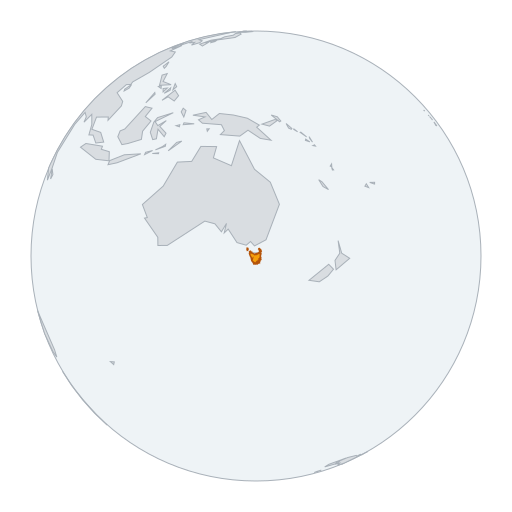 globe centered on Tasmania
{"feature_id": "AUS-2660", "entity_name": "Tasmania", "entity_type": "State", "adm_level": 1, "iso_a3": "AUS", "parent_name": "Australia", "parent_adm1": "", "projection": "orthographic", "projection_center": [146.795, -41.606], "detail": "fine", "context": "on_globe", "style": "filled", "palette": "amber", "viewbox_px": 512, "rotation_deg": 0, "n_neighbors": 0, "source": "natural_earth", "source_scale": "10m", "svg_char_len": 9683}
<svg xmlns="http://www.w3.org/2000/svg" viewBox="0 0 512 512"><circle cx="256" cy="256" r="225" fill="#eef3f6" stroke="#a8b0b8"/><path d="M374.6,182.3L374.6,184.0L374.3,184.0L374.6,182.3ZM341.6,464.4L344.4,463.0L337.4,465.4L339.7,463.1L334.8,464.3L337.5,463.0L339.0,461.8L337.5,461.7L347.8,457.5L356.3,455.4L356.8,456.2L360.4,454.3L361.9,454.8L364.0,453.5L367.9,451.5L341.6,464.4ZM435.8,125.4L433.9,121.9L436.9,125.9L435.8,125.4ZM431.6,118.7L432.5,120.1L431.5,118.7L431.6,118.7ZM430.0,117.0L431.1,118.2L430.0,117.1L430.0,117.0ZM428.1,115.0L429.1,115.9L428.1,115.0ZM424.6,111.1L423.6,110.1L424.4,110.6L424.6,111.1ZM328.9,464.3L346.1,458.0L337.2,461.7L335.3,463.9L324.7,466.9L328.9,464.3ZM321.3,470.1L316.6,472.0L314.2,472.5L317.0,471.4L321.3,470.1ZM235.9,31.6L232.8,32.0L198.9,39.7L202.2,40.8L199.9,42.6L191.5,45.1L194.6,42.4L189.4,43.0L192.4,41.4L179.9,45.4L183.7,43.3L172.0,47.9L172.4,48.6L182.0,45.5L170.3,50.9L175.3,52.0L171.8,57.0L149.3,72.4L132.7,81.9L130.8,84.5L126.4,84.6L117.1,92.7L122.7,101.4L121.4,105.9L108.0,120.3L108.3,117.0L96.5,117.1L91.9,129.3L100.7,132.4L103.7,142.1L95.8,143.0L93.1,135.1L88.9,134.9L91.8,124.5L91.8,114.3L84.0,122.2L86.3,116.8L85.1,112.4L74.8,124.3L57.4,152.4L52.1,168.1L47.4,180.2L48.6,168.2L50.2,164.4L57.2,150.1L65.2,136.3L74.1,123.1L84.0,110.5L94.7,98.7L106.3,87.7L118.6,77.5L131.5,68.2L145.1,59.9L159.3,52.5L174.0,46.2L189.0,40.9L204.4,36.7L220.1,33.6L235.9,31.6ZM62.5,371.3L64.5,374.5L70.9,384.4L75.3,390.1L83.8,400.7L95.8,414.0L107.1,425.1L94.4,413.0L82.7,399.9L72.0,386.0L62.5,371.3ZM110.4,361.6L114.3,361.9L113.7,364.6L110.4,361.6ZM39.9,316.1L54.6,349.9L56.8,357.1L53.0,351.7L44.7,333.8L40.7,321.3L37.6,310.5L39.9,316.1ZM152.3,153.5L158.7,152.8L158.5,153.7L152.3,153.5ZM145.6,152.3L152.6,150.5L144.6,154.6L145.6,152.3ZM155.4,149.9L162.6,146.5L165.7,144.3L165.3,146.3L155.4,149.9ZM140.9,153.8L117.0,162.8L108.0,164.7L109.7,160.6L124.3,154.8L140.9,153.8ZM109.0,160.8L95.8,159.3L80.5,147.2L85.9,143.5L102.5,146.2L101.3,149.3L109.3,151.7L109.0,160.8ZM142.6,131.2L141.4,139.4L127.9,143.5L121.9,144.6L117.8,136.7L120.1,130.9L124.8,129.0L145.3,106.6L152.0,108.2L145.3,116.5L151.0,121.0L142.6,131.2ZM52.2,168.8L52.9,174.5L50.6,179.0L52.2,168.8ZM155.1,94.2L145.8,102.8L154.8,92.5L155.1,94.2ZM161.3,85.7L161.1,88.5L158.3,86.5L161.3,85.7ZM129.2,88.1L124.1,91.0L124.7,89.2L131.6,84.5L129.2,88.1ZM169.0,61.8L166.2,66.4L164.3,68.3L163.2,66.2L169.0,61.8ZM328.7,264.3L333.5,269.2L327.9,276.0L319.3,281.8L309.0,280.3L328.7,264.3ZM253.9,263.6L249.9,252.5L260.4,253.2L259.2,262.3L253.9,263.6ZM335.0,260.4L339.8,253.2L338.1,240.6L341.7,253.2L349.7,258.3L336.1,269.8L335.0,260.4ZM204.8,221.1L167.3,245.4L157.9,245.5L157.8,237.3L144.5,218.1L147.3,217.6L142.4,204.5L163.2,186.1L177.4,162.1L191.7,161.4L200.9,146.4L216.6,146.6L213.4,157.9L231.4,165.7L239.5,140.6L254.5,169.3L270.3,182.2L279.4,204.3L266.0,239.8L254.5,245.9L250.5,241.5L246.2,245.2L237.0,242.6L228.2,229.1L224.2,232.9L226.5,223.4L221.4,231.8L214.9,223.8L204.8,221.1ZM318.7,179.7L322.0,181.8L328.5,189.6L323.0,186.5L318.7,179.7ZM366.3,183.8L368.7,187.6L364.9,186.2L366.3,183.8ZM374.3,184.0L369.7,182.4L374.6,182.3L374.3,184.0ZM331.6,167.3L333.6,169.9L332.4,170.0L331.6,167.3ZM330.2,166.1L331.6,163.9L331.8,166.8L330.2,166.1ZM312.9,145.6L314.5,144.8L315.5,146.1L312.9,145.6ZM168.2,150.8L176.7,142.4L181.8,141.1L168.2,150.8ZM309.9,141.9L305.4,140.4L305.7,139.1L309.9,141.9ZM309.8,138.7L309.1,136.6L312.5,142.1L309.8,138.7ZM300.8,132.1L306.6,136.9L300.2,132.4L300.8,132.1ZM297.6,131.8L293.7,129.4L293.9,128.9L297.6,131.8ZM256.7,127.2L271.0,140.2L260.3,138.4L248.0,130.2L239.8,136.1L220.4,134.6L224.4,130.6L221.4,124.7L202.4,123.2L198.5,119.8L205.0,116.9L192.9,115.2L206.1,112.4L211.8,119.5L219.4,113.5L233.3,115.0L247.3,118.2L259.3,125.1L256.7,127.2ZM206.8,128.9L209.2,128.8L207.3,131.3L206.8,128.9ZM286.1,123.5L291.9,128.5L291.3,129.3L288.6,128.1L286.1,123.5ZM262.0,124.1L274.6,119.6L277.7,120.2L269.5,126.1L262.0,124.1ZM271.2,115.0L277.3,116.8L280.8,121.0L279.6,121.8L271.2,115.0ZM179.8,124.7L179.4,126.8L176.1,125.7L179.8,124.7ZM184.0,122.8L194.2,123.8L183.2,124.7L184.0,122.8ZM155.1,121.6L157.8,125.6L166.3,120.6L159.8,126.4L166.0,133.2L164.2,136.7L158.0,129.2L156.4,138.8L152.7,139.6L150.3,132.3L153.8,122.2L157.6,117.6L173.3,112.7L155.1,121.6ZM183.8,117.0L181.2,111.9L183.2,108.2L186.0,110.5L183.8,117.0ZM174.2,101.0L168.1,96.8L162.0,100.3L175.1,90.2L178.6,95.7L174.2,101.0ZM170.1,90.3L164.2,93.3L170.7,87.8L170.1,90.3ZM163.1,91.9L163.1,88.5L167.4,88.0L163.1,91.9ZM172.9,89.8L175.2,83.6L176.7,86.7L172.9,89.8ZM163.1,81.5L171.1,84.7L159.5,85.3L162.1,75.1L167.2,73.6L163.1,81.5ZM210.8,42.7L211.3,41.3L216.7,40.4L214.9,41.6L210.8,42.7ZM235.0,37.5L218.3,39.8L205.1,42.6L207.8,42.8L202.4,46.0L199.7,44.2L211.0,40.2L220.6,38.7L224.7,36.8L233.3,35.2L235.4,33.6L240.0,32.9L241.1,34.1L235.0,37.5ZM235.9,33.1L242.7,31.4L251.9,31.3L252.4,31.6L245.5,32.3L241.0,32.3L235.9,33.1ZM245.4,31.0L244.8,31.0L247.0,31.1L242.9,31.2L243.1,31.1L245.4,31.0Z" fill="#d9dde1" stroke="#a8b0b8" stroke-width="1"/><path d="M259.4,262.4L259.2,262.2L259.1,262.3L258.9,262.5L258.6,262.1L258.7,261.9L258.4,261.7L258.6,261.4L258.6,261.2L258.7,261.3L258.7,261.5L258.8,261.6L259.1,261.6L259.0,261.4L259.0,261.1L258.6,261.1L258.4,260.9L258.1,260.8L258.0,261.0L258.2,261.4L258.1,261.6L257.8,261.7L257.7,261.5L257.8,261.4L257.9,261.6L258.0,261.4L257.9,261.3L258.0,261.1L257.8,261.2L257.6,260.9L257.4,260.6L257.5,260.9L257.6,261.2L257.5,261.4L257.5,261.7L257.4,261.5L257.5,261.8L257.3,262.0L257.3,262.5L257.2,262.6L257.0,262.4L256.9,262.4L256.9,262.1L256.8,262.3L256.7,262.2L256.6,261.9L256.5,262.0L256.5,262.3L256.8,262.5L256.8,262.8L256.6,262.7L256.5,262.8L256.6,263.1L256.4,263.2L256.6,263.3L256.4,263.4L256.4,263.6L256.4,263.8L256.1,264.0L256.0,263.9L255.8,264.0L255.7,263.8L255.4,263.7L255.4,263.4L255.3,263.5L255.2,263.6L254.8,263.6L254.7,263.5L254.5,263.4L254.4,263.4L254.3,263.6L254.2,263.5L253.8,263.7L253.8,263.3L253.5,263.0L253.6,262.9L253.7,263.0L253.7,262.9L254.0,262.9L254.2,263.1L254.2,262.9L254.4,263.0L254.4,262.7L254.2,262.6L254.0,262.8L253.9,262.6L253.9,262.8L253.7,262.6L253.6,262.4L253.5,262.5L253.4,262.5L253.5,262.6L253.4,262.7L253.2,262.6L253.2,262.3L253.0,262.1L252.9,261.9L252.8,261.7L252.7,261.6L252.6,261.4L252.3,261.3L252.1,261.0L252.0,260.6L251.9,260.6L251.9,260.4L251.8,260.1L251.7,260.1L251.7,259.8L251.5,259.6L251.5,259.4L251.4,258.9L251.3,258.4L251.5,258.6L251.7,258.9L252.0,259.1L252.2,259.6L252.2,259.2L252.3,259.3L252.4,258.9L252.3,259.0L252.2,258.8L251.8,258.5L251.8,258.2L251.7,258.1L251.6,258.3L251.6,258.5L251.4,258.4L251.5,258.1L251.5,257.8L251.4,257.5L250.9,257.0L250.9,256.9L250.6,256.5L250.5,256.4L250.5,256.2L250.3,255.8L250.1,255.4L250.1,255.2L249.8,254.6L249.8,254.4L249.7,254.2L249.5,253.7L249.5,253.4L249.8,253.2L249.8,252.9L249.7,252.5L249.7,252.4L249.8,252.3L250.0,252.6L250.3,252.7L250.6,252.7L251.0,253.0L251.1,252.9L251.4,252.8L251.4,252.7L251.5,252.6L251.5,252.8L251.6,253.0L252.0,253.1L252.3,253.2L252.4,253.3L252.8,253.4L252.9,253.5L253.1,253.7L253.4,253.8L253.6,253.9L254.3,254.2L254.9,254.3L255.3,254.1L255.3,254.3L255.4,254.2L255.6,254.0L255.8,253.9L256.0,254.0L256.2,254.3L256.3,254.2L256.5,254.2L256.3,254.1L256.1,254.1L256.1,253.9L256.4,253.7L256.7,253.5L257.1,253.6L257.5,253.4L257.5,253.5L257.6,253.4L257.7,253.5L257.9,253.7L258.2,253.4L258.4,253.1L258.5,253.0L258.6,252.9L258.7,253.1L258.9,253.1L259.0,253.2L259.3,253.1L259.5,252.7L259.8,252.7L260.0,253.0L260.4,253.4L260.6,253.7L260.4,253.8L260.5,253.9L260.4,254.1L260.4,254.4L260.5,254.7L260.3,254.9L260.3,255.0L260.6,254.8L260.4,255.4L260.4,255.8L260.5,256.0L260.4,256.4L260.4,256.6L260.3,256.8L260.4,257.1L260.5,257.3L260.4,257.8L260.6,258.0L260.4,258.3L260.6,258.3L260.4,258.7L260.4,258.3L260.3,258.2L260.2,257.9L260.2,257.6L260.1,257.4L260.1,257.6L260.0,257.8L259.9,257.8L260.1,257.9L259.8,258.0L259.7,258.4L259.6,258.5L259.4,258.9L259.5,258.8L259.5,259.0L259.5,259.6L259.4,259.7L259.2,259.6L259.3,259.9L259.4,260.1L259.3,260.4L259.2,260.6L259.2,260.8L259.0,261.0L259.2,260.9L259.3,261.0L259.5,261.1L259.4,261.3L259.5,261.3L259.4,261.5L259.3,261.8L259.4,262.1L259.5,262.1L259.4,262.3L259.4,262.4ZM259.7,250.3L259.6,250.1L259.5,249.9L259.3,249.8L259.4,249.6L259.3,249.3L259.1,249.4L258.9,249.2L259.2,249.0L259.2,248.9L259.3,248.9L259.2,248.7L259.3,248.7L259.5,248.6L260.1,249.5L260.5,249.6L260.5,250.0L260.3,250.2L260.5,250.1L260.6,250.5L260.5,250.4L260.5,250.5L260.3,250.5L260.2,250.7L260.0,250.8L259.8,250.7L259.7,250.6L259.8,250.5L259.7,250.3ZM247.9,249.4L248.0,249.5L247.9,249.9L247.7,250.1L247.3,250.3L247.2,250.0L247.3,250.0L247.2,249.7L247.2,249.1L247.1,248.9L247.1,248.7L247.4,248.5L247.3,248.2L247.5,248.2L247.8,248.3L247.9,248.5L247.9,248.8L247.9,249.1L247.9,249.4ZM260.6,250.9L261.1,251.4L261.0,251.5L261.0,251.4L260.9,251.5L260.7,251.6L260.6,251.4L260.3,251.5L260.2,251.5L259.9,251.5L259.6,251.4L259.6,251.2L259.8,251.1L260.1,251.1L260.5,251.0L260.6,250.9ZM257.5,262.5L257.6,263.0L257.5,263.5L257.3,263.4L257.2,263.2L257.3,263.2L257.2,263.1L257.1,263.5L256.8,263.2L257.1,263.3L257.1,262.9L257.2,263.0L257.3,262.9L257.2,262.8L257.5,262.5ZM259.9,260.0L260.0,260.1L259.9,260.2L259.7,260.2L259.8,260.4L259.5,260.5L259.6,260.2L259.7,259.9L259.9,260.0ZM257.7,262.0L257.8,262.4L257.6,262.5L257.6,262.4L257.5,262.2L257.4,262.1L257.6,262.0L257.6,261.8L257.7,262.0ZM250.5,252.3L250.8,252.5L250.7,252.5L250.4,252.6L250.3,252.4L250.4,252.2L250.5,252.3ZM259.9,251.8L260.0,251.7L260.4,251.6L260.2,252.1L260.0,251.9L259.9,251.8ZM250.5,251.5L250.3,251.6L250.1,251.4L250.3,251.3L250.2,251.3L250.3,251.2L250.5,251.3L250.5,251.5ZM250.0,251.3L250.0,251.7L249.9,251.8L249.9,252.1L249.8,251.8L249.8,251.7L250.0,251.3ZM260.4,258.8L260.5,259.0L260.2,258.9L260.4,258.8Z" fill="#f59e0b" stroke="#b45309" stroke-width="1.5"/></svg>